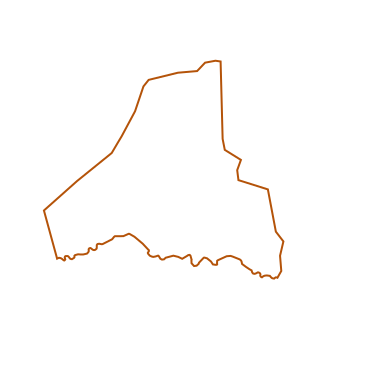 Allendale, South Carolina, United States of America, rotated 301°
{"feature_id": "52423323B67769542433711", "entity_name": "Allendale", "entity_type": "district", "adm_level": 2, "iso_a3": "USA", "parent_name": "United States of America", "parent_adm1": "South Carolina", "projection": "robinson", "projection_center": [-81.466, 32.951], "detail": "fine", "context": "isolated", "style": "outline", "palette": "amber", "viewbox_px": 384, "rotation_deg": 301, "n_neighbors": 0, "source": "geoboundaries", "source_scale": "gbopen_adm2", "svg_char_len": 2153}
<svg xmlns="http://www.w3.org/2000/svg" viewBox="0 0 384 384"><g transform="rotate(301 192 192)"><path d="M265.8,97.1L257.5,96.0L231.9,101.6L203.6,103.0L197.0,103.0L184.1,103.1L142.1,87.8L99.9,74.6L65.4,110.7L66.1,111.1L67.1,111.9L67.7,113.5L67.7,115.2L67.5,116.3L67.4,117.4L67.5,117.8L67.9,118.0L68.9,118.1L70.5,116.5L71.4,116.4L72.1,116.8L73.1,118.5L73.0,119.5L72.5,120.8L72.1,121.8L72.2,122.8L72.6,123.7L74.8,124.8L75.7,124.8L76.6,124.1L77.7,124.3L79.9,126.4L81.2,128.9L82.5,131.0L85.1,133.7L87.0,134.1L88.0,134.0L89.0,133.4L89.7,132.9L90.0,132.9L90.6,132.9L91.0,133.1L91.6,133.7L91.7,134.4L91.6,135.1L91.4,136.6L91.6,137.6L92.0,138.3L92.7,138.9L94.3,139.4L95.1,139.1L97.5,137.7L98.7,137.8L99.6,138.8L99.8,139.0L100.7,141.4L101.3,142.2L110.4,147.9L113.5,148.3L114.4,148.7L118.8,155.9L123.5,159.2L123.9,159.9L124.0,165.7L123.8,167.0L122.3,176.4L120.0,184.4L119.9,185.0L119.1,185.5L118.2,185.5L117.3,185.4L116.7,185.8L116.4,186.4L116.2,187.0L116.1,187.6L115.8,188.1L115.7,188.8L115.8,189.6L115.9,190.6L116.4,192.2L117.9,193.9L120.0,195.7L120.0,196.4L118.5,199.3L118.6,201.1L119.9,202.7L122.1,203.3L127.8,208.8L129.3,213.6L129.7,218.0L134.5,220.6L136.0,221.3L136.9,222.4L136.6,223.5L133.7,226.6L133.3,226.6L130.7,228.3L129.6,231.9L131.2,233.9L133.9,234.7L135.0,234.4L141.7,235.9L142.2,236.5L142.9,239.0L142.2,244.1L140.7,247.2L141.7,249.7L142.4,250.7L143.0,250.8L143.9,250.1L146.0,249.0L146.6,249.2L147.1,249.5L154.8,254.8L157.1,258.0L157.6,260.2L158.8,267.6L158.6,269.1L158.0,270.2L156.1,272.0L155.6,276.9L155.4,281.2L155.5,283.4L154.1,285.0L153.6,286.2L153.9,287.5L154.8,288.5L155.9,289.2L156.9,289.7L157.3,290.4L157.4,291.1L157.3,291.6L157.3,292.3L156.6,293.1L155.6,293.5L155.2,293.9L155.0,294.3L154.8,294.8L154.8,295.5L154.9,295.9L155.5,296.1L156.7,296.6L157.8,297.5L159.0,299.1L159.6,300.5L160.2,301.9L159.6,303.7L159.4,305.0L159.7,306.1L160.1,307.0L161.3,307.4L162.0,307.8L162.4,308.6L162.5,309.4L170.3,309.2L182.7,300.3L196.7,295.8L201.2,284.3L233.3,255.7L226.1,225.7L234.0,219.5L244.7,217.4L245.0,198.4L253.3,190.9L318.6,149.3L316.6,144.5L309.6,136.6L298.3,134.1L287.0,118.5L265.8,97.1Z" fill="none" stroke="#b45309" stroke-width="2"/></g></svg>